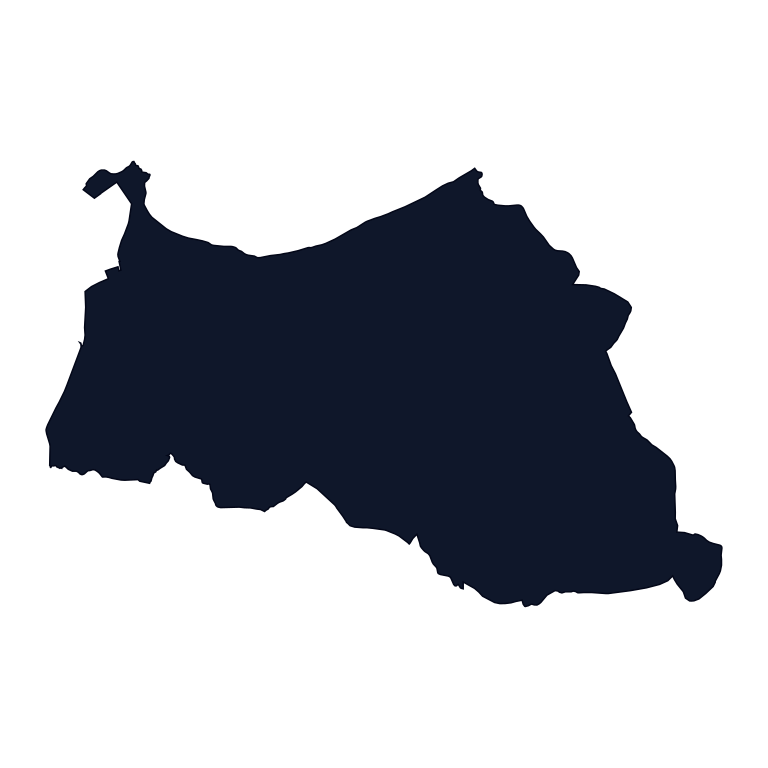 the district of Jaramijo, Manabi, Ecuador
{"feature_id": "8360857B39254193540064", "entity_name": "Jaramijo", "entity_type": "district", "adm_level": 2, "iso_a3": "ECU", "parent_name": "Ecuador", "parent_adm1": "Manabi", "projection": "orthographic", "projection_center": [-80.625, -0.974], "detail": "fine", "context": "isolated", "style": "filled", "palette": "ink", "viewbox_px": 768, "rotation_deg": 0, "n_neighbors": 0, "source": "geoboundaries", "source_scale": "gbopen_adm2", "svg_char_len": 6063}
<svg xmlns="http://www.w3.org/2000/svg" viewBox="0 0 768 768"><path d="M474.7,168.3L471.3,170.8L459.1,177.9L453.5,181.8L448.2,183.2L442.5,185.9L436.5,189.7L425.1,197.2L405.0,206.8L392.3,211.9L388.2,213.8L380.5,216.7L375.1,218.3L367.3,221.2L365.4,222.1L356.8,227.6L351.1,229.9L335.1,239.1L325.8,243.4L321.9,244.8L315.9,246.1L311.9,247.5L310.3,247.7L309.1,247.5L307.8,247.7L298.1,250.7L288.2,253.0L284.2,253.6L280.1,254.5L270.4,255.6L260.3,257.6L258.2,257.7L257.2,257.6L254.4,256.1L248.2,255.2L246.2,254.6L244.4,253.7L241.5,251.4L238.4,250.2L235.8,247.7L233.9,247.0L231.9,246.5L229.9,246.4L223.7,246.4L213.6,245.4L211.5,244.9L208.2,242.6L206.3,242.0L202.5,240.9L196.5,239.6L188.5,238.1L182.7,236.3L171.3,231.7L166.3,228.8L151.9,217.3L149.4,214.2L147.2,210.6L144.2,205.0L143.9,203.7L144.3,199.6L145.9,193.5L145.9,192.2L144.5,186.1L144.6,183.0L145.0,182.2L146.6,180.9L148.9,178.4L149.1,177.2L150.0,175.0L149.9,174.6L149.7,174.3L148.0,174.2L146.1,172.7L142.6,172.2L142.0,171.9L141.7,171.6L141.7,170.4L140.9,169.1L139.2,168.5L138.0,165.8L135.6,165.3L135.3,163.8L134.7,163.1L133.9,161.5L132.9,161.6L132.2,162.0L130.2,165.3L129.2,166.3L126.5,167.7L123.5,170.6L121.8,171.7L117.9,173.4L115.9,173.9L113.8,174.0L111.0,173.8L109.5,173.0L106.4,170.8L104.6,170.1L101.2,170.1L99.5,170.7L97.8,171.8L93.3,176.3L89.7,178.8L86.2,183.7L86.5,186.0L84.7,187.8L83.2,189.7L94.4,198.2L100.5,193.8L100.4,193.6L116.8,182.1L131.6,203.8L129.0,221.2L128.3,223.9L124.5,234.0L121.6,240.4L119.4,247.6L118.1,253.0L117.9,254.4L118.1,256.5L119.9,261.4L119.1,261.5L120.9,270.2L118.9,270.8L118.0,266.8L110.6,269.1L105.4,271.0L108.4,278.7L99.3,282.6L91.5,286.6L85.1,291.5L85.7,307.3L84.6,327.6L85.1,335.1L84.6,339.4L83.1,345.4L82.2,345.9L81.4,346.8L81.4,345.6L80.8,343.1L79.9,342.7L80.9,344.1L81.1,346.4L80.9,347.9L67.0,385.0L64.4,391.5L59.2,402.1L56.0,407.9L47.8,424.6L46.7,427.4L46.1,429.5L46.1,430.7L46.7,433.9L49.7,443.8L50.1,446.2L49.7,465.3L50.0,465.4L50.2,466.0L50.3,467.0L50.8,467.4L51.9,465.8L53.8,465.9L55.3,465.5L56.1,465.8L56.8,466.9L57.5,467.1L58.3,467.6L59.2,467.8L59.8,468.3L61.1,467.9L61.8,468.3L62.2,467.3L64.9,466.1L68.3,469.3L72.4,471.2L76.5,471.2L78.6,472.4L79.8,473.8L81.4,474.6L82.6,474.6L84.3,473.9L87.4,471.1L88.5,470.6L89.7,470.6L93.0,469.6L95.1,470.0L97.4,471.5L99.4,473.2L102.4,477.0L106.0,476.9L108.9,477.4L111.9,478.3L121.0,480.0L124.7,480.2L138.1,479.6L139.7,481.2L149.6,483.3L150.0,482.2L151.0,481.1L151.9,477.7L152.9,475.7L153.7,473.1L155.8,471.8L156.5,470.1L157.7,470.1L160.1,468.3L164.5,465.6L165.1,464.9L166.1,463.3L168.3,460.8L169.6,457.6L169.4,456.5L169.0,456.1L167.3,455.5L168.6,455.1L170.4,453.3L170.8,453.2L172.1,454.3L173.8,456.3L174.5,457.6L174.5,459.0L175.7,461.4L177.7,462.8L182.3,465.0L184.6,465.1L185.0,465.3L186.5,469.3L189.7,472.2L192.5,475.6L194.9,477.0L201.4,479.0L201.8,479.7L202.1,481.8L202.4,482.7L203.2,483.2L207.4,484.2L209.2,483.9L209.6,484.1L210.1,485.3L210.5,488.8L212.1,491.9L212.6,493.2L213.2,498.9L214.1,500.9L215.3,503.1L215.8,504.9L216.1,505.5L217.1,506.5L218.0,507.0L220.6,507.6L239.3,507.1L244.5,507.7L250.5,507.9L256.4,509.0L260.5,509.5L264.6,511.5L265.9,510.3L268.2,509.0L269.5,507.1L271.4,506.6L273.4,506.5L277.5,503.3L279.4,502.2L283.1,500.9L284.0,500.3L285.6,499.0L286.0,498.0L286.7,497.4L292.1,494.2L295.5,491.9L301.9,486.6L304.5,483.5L306.2,482.0L317.1,488.7L334.7,504.9L336.4,507.1L336.4,507.5L342.8,516.2L346.1,521.3L346.6,522.5L347.2,522.8L350.1,525.7L354.7,527.1L362.7,527.7L366.8,527.7L372.8,528.3L384.5,529.9L386.3,530.4L395.3,534.0L399.1,536.0L407.7,542.5L409.2,544.0L410.1,543.0L412.8,538.5L416.9,534.2L419.7,542.8L420.4,546.1L421.4,547.7L423.7,550.4L425.0,551.6L428.0,553.5L429.1,554.7L430.0,556.1L432.2,562.0L433.4,564.1L436.2,567.1L436.9,568.2L437.8,572.8L438.4,573.6L440.4,574.5L448.0,576.0L449.1,576.4L450.3,577.2L451.0,578.3L453.7,584.5L455.1,585.9L456.5,585.8L458.0,584.3L458.3,584.4L460.3,587.7L461.2,588.3L463.2,588.8L463.2,582.0L474.6,588.4L478.9,592.1L482.6,596.2L494.6,602.5L499.9,603.6L505.1,603.5L511.0,602.8L516.0,601.4L522.1,600.2L523.2,604.2L524.7,606.3L525.3,606.5L528.4,605.7L531.2,604.2L532.0,604.2L534.2,604.9L537.0,605.0L539.2,603.8L540.9,602.4L547.0,595.1L555.0,590.6L557.3,590.9L558.0,591.1L559.5,592.2L561.9,592.9L565.3,591.8L571.2,591.8L573.1,591.1L575.5,591.5L577.6,592.7L578.7,592.8L584.1,592.5L591.6,592.5L605.7,593.5L608.4,593.5L630.6,590.6L646.5,587.8L659.6,584.4L667.8,580.7L672.7,575.9L674.4,579.5L677.2,584.1L683.0,591.3L683.5,592.2L685.5,598.1L689.6,600.9L691.4,601.0L694.0,600.8L699.0,598.9L705.7,593.5L713.1,586.5L715.2,582.3L715.3,581.1L719.3,573.6L720.4,570.8L721.5,565.2L721.5,559.4L721.1,555.2L721.9,548.2L721.8,547.0L721.0,545.8L719.9,545.2L713.2,543.5L709.4,542.2L706.6,540.4L704.4,538.2L702.7,536.9L701.0,535.9L698.0,534.6L695.2,534.0L694.5,534.2L693.3,535.2L684.5,532.6L676.8,532.1L677.6,525.6L675.2,518.7L675.3,512.3L674.7,493.9L675.6,489.0L675.7,486.5L675.3,479.8L675.1,470.6L674.6,467.2L674.0,465.7L671.8,461.4L670.0,458.8L667.2,456.1L656.1,447.4L651.9,444.9L647.2,440.1L642.6,437.4L641.4,436.5L639.5,434.0L637.0,431.7L635.9,430.1L635.1,428.1L634.5,424.9L634.0,423.9L630.3,417.7L628.4,415.9L631.5,412.3L626.9,402.0L615.4,373.7L611.2,365.6L606.8,353.3L605.6,351.5L607.1,349.9L610.8,347.3L613.7,343.3L616.5,340.4L617.3,339.3L618.8,336.1L623.5,328.1L625.4,323.0L627.3,319.1L628.2,315.4L629.9,312.8L630.8,310.9L631.3,307.4L627.8,302.0L614.3,293.8L604.3,289.0L600.7,288.4L599.1,287.3L595.5,286.3L586.1,284.9L572.6,284.6L578.7,275.1L579.2,271.5L576.5,267.6L572.4,258.0L571.0,255.7L569.0,253.7L567.7,252.8L565.1,251.6L562.5,251.1L557.7,250.8L555.2,250.2L553.5,249.2L549.2,245.3L543.4,237.0L540.5,233.9L535.7,229.3L533.9,227.1L529.7,221.2L526.8,216.4L523.6,208.9L522.9,207.7L521.4,206.1L520.6,205.6L518.9,205.1L516.8,205.1L508.5,205.9L505.4,205.9L497.9,205.2L494.9,204.6L494.0,204.0L493.3,202.1L492.4,201.2L488.1,199.5L484.4,197.1L482.8,195.3L482.3,192.1L480.3,190.2L480.5,188.2L478.3,184.5L477.9,182.9L477.9,179.4L478.6,178.5L481.0,177.1L481.8,176.1L482.1,174.3L481.9,173.1L481.2,172.4L478.4,172.0L476.8,171.2L474.7,168.3Z" fill="#0f172a" stroke="#020617" stroke-width="1.5"/></svg>